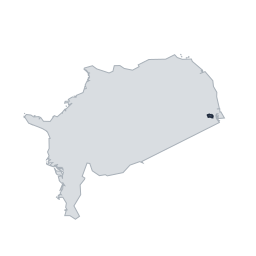 Kittitas, Washington, United States of America shown in context, rotated 162°
{"feature_id": "52423323B21025471162959", "entity_name": "Kittitas", "entity_type": "district", "adm_level": 2, "iso_a3": "USA", "parent_name": "United States of America", "parent_adm1": "Washington", "projection": "albers", "projection_center": [-120.862, 47.167], "detail": "fine", "context": "in_parent", "style": "filled", "palette": "slate", "viewbox_px": 256, "rotation_deg": 162, "n_neighbors": 0, "source": "geoboundaries", "source_scale": "gbopen_adm2", "svg_char_len": 4434}
<svg xmlns="http://www.w3.org/2000/svg" viewBox="0 0 256 256"><g transform="rotate(162 128 128)"><path d="M193.6,79.2L203.5,70.6L201.4,59.0L206.2,57.5L210.3,62.6L215.2,64.2L212.3,68.5L212.8,69.6L211.2,69.0L211.8,71.8L209.8,75.6L211.4,82.3L214.8,83.2L215.9,82.0L214.8,81.3L215.5,81.5L216.5,82.5L213.5,85.9L212.0,85.1L212.7,87.0L208.9,90.4L207.1,94.7L206.7,93.2L205.9,92.7L206.9,96.1L208.1,96.0L209.5,98.7L209.3,103.3L205.8,102.9L205.9,100.0L205.2,102.4L207.2,104.2L209.0,104.8L210.1,106.1L210.5,113.0L209.4,109.3L205.2,107.6L204.6,103.5L203.0,105.9L206.8,110.1L203.8,110.1L203.1,110.7L202.9,108.7L202.6,108.3L202.5,110.0L203.1,111.0L207.6,110.8L207.4,112.1L204.9,111.3L204.1,111.4L207.2,112.3L208.3,112.1L208.5,113.6L206.9,113.3L209.7,114.2L209.4,114.7L208.1,114.2L205.8,115.1L209.4,115.2L210.9,114.1L215.3,117.5L211.8,115.0L213.6,116.9L210.3,118.4L213.8,119.2L214.5,117.9L214.4,120.7L211.0,121.9L213.4,121.8L212.5,123.7L214.8,123.3L211.7,125.8L211.9,130.1L209.3,132.9L206.4,142.4L205.2,142.2L205.8,148.9L206.4,150.3L209.6,153.9L221.0,163.3L222.9,170.5L220.6,172.3L216.3,170.3L214.3,167.7L209.0,166.3L209.5,164.2L207.8,165.1L206.3,160.5L200.0,158.3L194.3,162.5L191.9,160.5L185.6,163.2L185.9,161.9L185.3,163.4L182.7,165.1L181.8,163.1L181.9,164.8L173.4,168.9L177.5,168.3L177.0,170.7L180.6,171.2L179.5,172.8L175.4,171.7L175.9,173.7L171.3,174.7L167.9,173.3L166.9,175.0L159.8,175.6L157.0,179.5L157.7,178.5L155.4,178.5L155.5,182.1L152.2,185.5L152.9,184.6L150.1,185.1L151.4,185.9L148.8,188.3L148.7,192.2L147.1,192.1L148.6,192.7L149.8,195.9L151.7,197.5L151.0,198.5L142.6,198.2L139.5,193.9L129.0,186.2L124.8,186.6L121.8,191.5L116.4,189.9L113.2,185.8L105.8,181.6L98.5,182.9L98.8,184.9L87.0,186.7L70.9,181.8L61.0,183.3L59.4,179.8L55.1,176.5L46.4,174.0L46.3,171.5L39.2,159.9L39.4,158.7L40.8,160.3L39.9,157.7L42.9,157.5L37.3,157.8L32.7,146.8L33.9,141.1L32.5,134.5L34.0,130.3L35.1,118.2L37.6,118.6L34.8,117.9L35.7,114.7L34.7,114.7L33.2,107.7L39.3,109.1L38.1,112.7L40.1,110.2L39.9,113.2L38.4,113.9L39.5,114.1L40.6,112.8L41.0,109.8L39.4,105.0L125.2,91.9L124.6,90.1L127.2,92.4L137.6,92.1L146.5,87.1L162.5,88.9L164.0,90.6L169.9,91.5L175.2,98.3L175.3,106.1L177.8,107.3L186.5,96.2L184.5,93.7L185.2,92.6L191.1,88.7L193.6,79.2ZM210.9,90.7L212.5,89.1L207.3,95.2L211.2,89.5L210.9,90.7ZM39.8,108.0L40.6,109.9L40.6,110.2L39.5,108.7L39.8,108.0ZM151.4,197.0L149.5,194.4L149.1,192.7L149.8,194.4L151.4,197.0ZM212.8,68.4L213.4,69.2L213.0,69.2L212.8,68.4ZM168.3,174.1L168.7,174.7L167.8,174.4L168.3,174.1ZM49.8,176.9L50.7,176.5L50.8,176.6L49.8,176.9ZM48.7,176.6L48.3,177.1L48.0,176.7L48.7,176.6ZM215.2,84.8L215.0,85.6L214.8,85.6L215.2,84.8ZM149.2,191.0L149.0,192.5L149.6,189.5L149.2,191.0ZM217.4,160.1L219.6,162.0L217.1,160.0L217.4,160.1ZM55.0,179.1L55.4,179.8L54.9,179.1L55.0,179.1ZM223.5,170.6L223.1,171.8L223.5,169.5L223.5,170.6ZM216.5,118.8L216.3,120.2L215.5,117.6L216.5,118.8ZM39.0,106.4L39.0,106.9L38.7,106.6L39.0,106.4ZM151.6,186.4L150.4,187.5L151.6,186.2L151.6,186.4ZM217.0,83.8L217.4,84.3L216.8,84.6L217.0,83.8ZM55.0,181.2L55.4,182.1L54.9,181.3L55.0,181.2ZM150.2,188.1L149.7,188.6L150.0,187.9L150.2,188.1ZM210.4,107.3L210.5,109.0L210.2,106.7L210.4,107.3ZM156.7,180.2L156.0,181.1L157.0,179.7L156.7,180.2ZM206.3,149.4L206.7,150.5L206.3,149.9L206.3,149.4ZM215.2,123.3L215.0,123.6L215.3,122.4L215.2,123.3ZM196.4,161.2L195.6,162.2L195.1,162.3L196.4,161.2ZM182.2,165.1L182.1,165.4L181.4,165.6L182.2,165.1ZM213.2,168.4L213.7,169.0L212.9,168.4L213.2,168.4ZM180.0,167.8L180.2,168.5L179.6,167.3L180.0,167.8ZM222.0,173.7L221.4,174.1L222.2,173.4L222.0,173.7ZM209.6,99.2L209.6,100.1L209.5,98.9L209.6,99.2ZM215.9,120.7L215.7,121.2L215.9,120.7Z" fill="#d9dde1" stroke="#a8b0b8" stroke-width="1"/><path d="M43.8,114.3L44.0,114.3L44.3,114.4L44.5,114.5L44.7,114.8L44.8,114.9L44.9,115.1L46.2,115.1L46.3,115.5L46.6,115.5L46.6,115.9L46.8,115.9L48.4,115.9L48.5,115.7L48.4,115.3L48.4,115.1L48.4,114.9L48.3,114.7L48.2,114.4L48.2,114.2L48.3,114.1L48.3,113.9L48.3,113.6L48.2,113.6L48.0,113.4L47.9,113.4L47.7,113.4L47.4,113.4L47.1,113.4L46.9,113.4L46.8,113.2L46.7,113.2L46.4,113.2L46.2,113.0L46.0,112.9L45.9,112.9L45.7,112.8L45.7,112.7L45.4,112.7L45.2,112.5L45.2,112.4L45.0,112.2L44.9,112.2L44.7,112.0L44.7,111.9L44.5,112.0L44.3,111.9L44.3,112.1L44.2,112.2L44.0,112.3L43.9,112.4L43.8,112.5L43.7,112.6L43.6,112.8L43.6,113.0L43.6,113.3L43.9,113.3L43.9,113.5L44.0,113.7L44.0,113.8L44.1,114.0L43.9,114.0L43.7,114.0L43.8,114.3Z" fill="#64748b" stroke="#1e293b" stroke-width="1.5"/></g></svg>